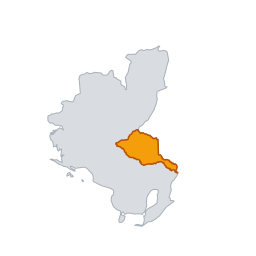 Apure on a map of Venezuela (Equal Earth projection), rotated 209°
{"feature_id": "VEN-25", "entity_name": "Apure", "entity_type": "State", "adm_level": 1, "iso_a3": "VEN", "parent_name": "Venezuela", "parent_adm1": "", "projection": "equal_earth", "projection_center": [-69.326, 7.078], "detail": "fine", "context": "in_parent", "style": "filled", "palette": "amber", "viewbox_px": 256, "rotation_deg": 209, "n_neighbors": 0, "source": "natural_earth", "source_scale": "10m", "svg_char_len": 8445}
<svg xmlns="http://www.w3.org/2000/svg" viewBox="0 0 256 256"><g transform="rotate(209 128 128)"><path d="M201.7,95.8L203.8,99.5L203.6,100.3L202.3,101.2L201.6,103.3L199.9,104.2L197.7,106.7L196.2,106.9L193.9,111.1L195.2,114.3L194.9,116.0L195.5,116.8L198.2,116.9L198.4,117.8L198.1,119.1L197.6,120.0L194.0,122.7L192.3,122.4L191.6,123.2L189.2,123.8L188.6,125.4L189.2,127.5L189.5,131.0L186.5,135.2L193.9,146.4L194.7,146.9L195.4,149.5L195.2,151.0L193.9,152.8L192.1,154.2L191.0,156.5L189.9,156.9L187.9,156.7L186.9,158.0L185.6,158.5L184.8,160.2L178.1,163.1L175.2,162.2L171.8,164.3L171.2,169.5L170.2,170.7L168.9,170.7L164.8,165.4L162.6,166.2L161.2,165.5L157.1,165.6L155.2,162.6L150.8,162.4L149.2,160.4L148.4,160.4L148.1,161.0L149.8,164.4L154.8,170.8L154.9,176.6L157.3,184.7L156.8,187.3L158.2,188.0L164.2,188.6L164.2,191.5L163.4,192.8L162.2,193.1L159.1,195.2L157.3,195.9L156.1,200.7L155.1,202.0L154.0,203.1L151.9,203.2L149.1,206.2L148.2,206.1L145.8,207.6L142.1,212.0L140.8,214.7L139.9,214.8L140.2,212.4L139.8,211.2L138.9,210.5L138.0,210.4L137.0,211.0L134.2,213.3L131.5,213.8L130.0,212.8L125.0,206.7L124.9,204.6L123.7,199.7L121.2,190.7L121.2,189.0L117.2,184.4L116.6,182.8L115.0,182.2L113.9,182.8L114.2,181.3L119.6,174.8L120.1,173.4L118.0,169.2L116.8,168.1L116.1,166.6L114.8,161.6L114.4,157.7L114.0,156.9L114.5,147.4L114.3,145.3L114.7,143.7L115.8,142.6L116.3,141.0L116.5,138.7L117.1,136.8L118.2,135.3L118.6,133.9L118.1,131.6L117.2,130.6L113.9,129.9L113.0,130.6L107.0,131.9L104.0,131.9L101.8,131.3L100.1,131.5L98.1,132.8L97.1,132.1L96.3,132.4L88.4,119.9L85.5,119.6L81.6,117.8L78.5,119.3L77.2,119.4L71.7,118.7L68.6,119.3L67.4,118.7L66.5,117.7L65.1,113.6L63.0,112.9L62.1,111.3L62.5,104.6L63.5,102.8L63.1,99.7L62.8,98.3L60.0,94.6L58.6,87.3L56.8,87.0L56.2,85.4L55.7,85.1L54.2,86.1L52.5,86.5L52.2,86.1L56.3,77.1L57.8,66.5L59.9,61.4L62.6,57.2L64.8,55.9L68.1,48.9L75.2,46.0L73.3,48.1L69.1,49.5L68.1,50.3L68.2,52.7L69.4,56.0L71.6,58.7L70.6,59.0L71.0,61.4L72.1,63.0L72.1,64.0L71.3,67.3L68.0,72.3L66.3,76.7L67.6,79.3L67.8,80.7L70.2,83.9L70.0,85.2L71.0,87.9L72.7,88.3L76.0,86.6L77.7,83.7L78.1,78.4L77.8,76.4L75.8,71.8L74.4,70.0L73.2,65.9L72.7,62.2L73.6,61.4L73.5,59.4L75.8,58.9L80.8,55.8L83.8,55.0L87.3,53.3L88.8,51.1L89.4,50.9L91.2,52.2L92.1,51.8L92.4,50.8L91.9,48.8L87.8,49.5L86.7,45.6L87.7,42.4L89.9,41.2L91.5,43.1L92.6,48.7L94.0,51.7L98.5,51.1L103.0,52.4L107.8,56.5L109.2,60.7L108.6,61.8L108.9,63.6L109.6,65.4L110.7,66.5L113.7,66.8L123.5,64.7L131.8,64.4L133.4,65.3L133.6,66.8L136.2,70.1L144.3,72.9L147.4,72.5L154.8,67.0L158.8,67.2L159.9,66.4L158.4,65.5L155.1,65.2L154.1,65.8L153.6,64.4L158.3,63.9L162.5,64.3L165.9,63.3L168.7,63.3L171.4,62.7L176.5,63.4L180.6,62.8L180.1,63.7L176.6,64.4L175.0,65.7L171.5,65.5L169.0,65.9L169.8,66.3L169.8,67.6L170.5,67.9L171.6,69.6L171.9,70.9L171.0,73.1L172.0,72.9L172.6,72.2L172.6,70.7L173.1,70.9L175.8,77.2L176.9,75.7L177.6,76.6L177.6,74.2L178.5,74.3L180.3,75.9L182.3,79.5L181.9,76.7L183.5,76.7L183.9,75.5L187.1,79.5L190.4,80.6L192.9,83.6L192.4,85.0L190.9,85.7L190.3,86.7L189.3,91.4L187.9,95.0L183.7,95.1L187.3,97.9L188.5,96.7L190.3,96.6L192.9,95.1L196.5,95.8L198.0,94.6L200.0,94.8L201.7,95.8ZM158.5,56.9L158.9,58.9L157.8,60.6L156.3,60.6L155.1,59.5L154.4,59.8L152.4,59.2L153.0,58.1L154.5,57.6L155.6,58.8L156.5,58.9L156.8,57.9L158.0,56.4L158.5,56.9ZM192.2,89.7L190.0,91.3L189.8,89.8L191.5,87.9L192.3,89.1L192.2,89.7ZM143.3,60.3L142.7,60.6L141.1,59.8L141.4,59.3L142.3,59.3L143.3,60.3ZM192.6,86.9L191.3,87.4L191.6,86.3L193.0,85.7L193.5,85.9L192.6,86.9Z" fill="#d9dde1" stroke="#a8b0b8" stroke-width="1"/><path d="M63.8,113.3L63.3,113.1L63.0,113.0L63.5,112.7L63.9,112.4L64.1,112.4L64.7,112.5L64.9,112.5L65.3,112.4L65.6,112.5L65.8,112.9L65.9,113.0L66.4,113.3L66.7,113.5L67.2,113.7L67.3,113.7L67.5,113.7L67.8,113.5L68.3,113.1L68.6,113.0L68.8,112.9L69.0,112.4L69.2,111.8L69.2,111.7L69.3,111.6L69.6,111.7L70.3,111.9L70.3,112.0L70.5,112.3L70.6,112.5L70.8,112.6L71.2,112.6L71.5,112.6L71.6,112.3L71.8,112.6L72.0,112.5L72.2,112.4L72.3,112.3L72.5,112.4L72.7,112.5L72.8,112.6L73.0,112.5L73.1,112.3L73.4,112.2L73.6,112.2L74.0,112.2L74.8,112.2L75.2,112.3L75.7,112.4L75.9,112.3L76.1,112.5L76.3,112.9L76.5,113.1L76.8,113.1L77.0,113.3L77.5,113.3L78.0,113.5L78.4,113.7L78.9,114.1L79.2,114.5L79.4,114.4L79.6,114.6L79.8,114.7L80.1,114.8L80.3,114.8L80.8,114.6L80.9,114.4L81.4,114.6L81.9,114.8L82.4,114.8L82.8,114.7L83.1,114.2L83.5,114.2L83.9,113.9L84.2,113.6L84.3,113.4L84.5,113.5L84.6,113.4L84.6,113.0L84.7,112.8L84.9,112.7L85.1,112.7L85.3,112.7L85.7,112.4L86.0,111.9L86.3,111.4L86.5,110.3L86.6,110.1L87.1,109.9L87.3,109.9L87.6,110.0L87.8,110.0L88.1,109.9L88.4,109.7L88.5,109.4L88.6,109.1L88.7,108.7L88.9,108.4L89.1,108.3L89.2,108.2L89.7,107.8L89.9,107.7L90.4,107.8L90.6,107.7L91.2,107.0L91.4,106.9L91.6,106.9L91.7,107.0L91.8,106.9L92.2,106.6L92.4,106.6L92.7,106.5L92.9,106.4L94.6,104.8L95.9,103.2L96.1,103.0L96.4,103.0L96.9,103.1L97.4,103.1L98.7,102.9L99.0,103.0L99.4,103.4L99.6,103.4L99.6,103.5L99.8,103.9L99.8,104.0L100.2,104.2L100.5,104.4L100.6,104.2L101.1,104.2L101.3,104.1L101.5,104.5L101.7,104.8L101.7,105.0L101.9,105.1L102.3,105.4L103.1,105.5L104.1,105.3L104.3,105.3L104.4,105.1L105.0,104.6L105.9,104.6L106.1,104.7L106.6,105.0L106.8,105.0L107.1,104.9L107.5,104.4L108.0,104.2L108.1,104.3L108.5,104.6L109.0,104.5L109.3,104.6L109.7,104.6L110.0,104.3L110.4,104.2L110.5,104.1L110.7,103.8L111.1,103.7L111.5,103.4L112.8,103.2L113.1,103.3L113.3,103.5L113.6,103.7L113.8,103.5L114.3,103.7L115.4,103.8L116.0,104.0L116.4,104.2L116.7,104.1L116.8,104.2L117.1,104.4L117.4,104.6L117.5,104.9L117.4,105.2L117.5,105.3L117.8,105.3L118.1,105.5L118.6,105.5L118.9,105.4L119.1,105.4L119.7,105.7L119.8,105.9L119.9,106.2L120.1,106.4L120.5,106.7L120.7,106.8L120.8,107.0L121.0,107.1L121.5,107.2L121.7,107.4L121.9,107.5L122.2,107.5L122.6,107.2L122.9,107.1L123.3,107.6L123.6,107.5L123.8,107.4L124.0,107.3L124.3,107.4L125.4,107.7L125.6,107.6L125.8,107.7L125.9,107.8L126.1,107.8L127.3,107.3L127.5,107.3L127.8,107.3L128.3,107.2L128.5,107.2L128.6,106.9L128.8,106.8L129.1,107.3L129.4,107.4L129.4,107.5L129.6,107.9L129.9,108.1L130.3,108.2L130.7,108.0L130.8,108.1L131.0,108.5L131.1,108.8L131.1,109.1L131.0,109.4L130.9,109.4L130.6,109.5L130.1,109.9L129.9,110.1L129.8,110.4L129.6,110.8L129.5,111.1L129.3,111.6L129.2,111.7L129.0,112.0L128.9,112.1L128.7,112.7L128.0,114.0L127.8,114.3L127.6,114.4L127.2,114.5L126.7,114.9L126.6,115.0L126.1,115.1L125.8,115.3L125.2,115.9L124.7,116.1L124.4,116.5L124.0,116.7L123.6,116.8L122.7,117.8L122.5,118.2L122.6,118.8L122.8,119.5L123.1,120.1L123.1,120.5L123.1,120.8L122.9,121.1L122.8,121.4L123.0,121.6L123.0,121.9L123.1,122.5L123.0,122.9L122.8,123.1L122.6,123.4L122.4,123.7L122.1,124.6L121.9,126.3L121.9,126.5L122.0,126.9L122.1,127.1L122.0,127.4L121.8,127.6L121.6,127.8L121.1,128.1L120.8,128.6L120.7,128.6L120.4,128.7L120.4,128.8L120.3,129.0L120.2,129.4L119.9,130.2L119.8,130.4L119.5,130.6L119.4,130.6L119.2,130.6L118.9,130.7L118.8,130.8L118.7,131.1L118.5,131.3L118.0,131.2L117.7,130.9L117.4,130.5L117.1,130.3L115.3,129.7L114.5,129.6L114.3,129.5L114.1,129.6L113.9,129.9L113.8,130.1L113.7,130.1L113.4,130.1L113.3,130.3L113.3,130.5L113.2,130.7L112.9,130.8L112.6,131.0L112.1,131.1L110.7,130.9L110.2,131.0L108.9,131.6L108.5,131.6L107.7,131.3L107.3,131.3L106.4,131.7L105.7,131.7L105.6,131.8L105.3,132.1L105.2,132.2L104.9,132.2L104.4,131.9L104.2,131.8L103.2,131.5L103.0,131.4L102.3,131.5L102.0,131.4L101.8,131.3L101.5,131.2L101.3,131.3L100.9,131.1L100.7,131.0L100.4,131.0L100.2,131.1L99.9,131.5L99.6,131.7L99.0,132.6L98.3,133.1L98.1,132.8L97.6,132.1L97.4,131.9L97.1,132.0L96.5,132.3L96.2,132.4L88.8,120.0L88.4,119.6L88.1,119.5L87.7,119.5L87.3,119.6L86.6,120.1L86.3,120.1L85.1,119.4L84.8,119.1L84.7,119.0L84.4,119.1L84.1,119.0L84.0,118.9L83.5,118.0L83.4,117.9L83.2,117.9L82.9,118.1L82.7,118.1L82.2,117.9L82.0,117.7L81.6,117.7L81.0,117.9L80.5,117.9L80.0,118.1L79.8,118.1L79.7,118.2L79.7,118.4L79.6,118.6L79.1,119.0L78.5,119.3L77.9,119.4L77.1,119.3L76.9,119.5L76.6,119.7L76.4,119.6L75.7,119.5L75.6,119.4L75.5,118.9L75.4,118.8L75.2,118.8L74.7,118.9L74.2,118.7L73.8,118.8L73.5,118.9L73.4,119.0L73.2,118.7L72.9,118.6L72.7,118.7L72.7,118.8L72.5,118.7L72.4,118.6L72.1,118.7L71.8,118.6L71.7,118.4L71.3,118.4L71.2,118.4L71.1,118.5L71.1,118.8L70.8,118.6L70.5,118.7L70.3,118.7L70.0,118.7L70.0,119.0L69.9,119.1L69.7,119.0L69.3,119.4L69.1,119.4L68.8,119.4L67.5,119.0L67.4,118.9L67.1,118.6L66.6,118.3L66.5,118.2L66.3,117.9L65.7,116.3L65.6,115.8L65.5,115.4L65.5,114.9L65.6,114.2L65.1,113.4L64.7,113.3L63.8,113.3Z" fill="#f59e0b" stroke="#b45309" stroke-width="1.5"/></g></svg>